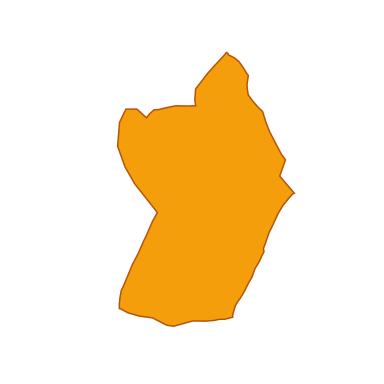 Qift, Qina, Egypt (Mercator projection), rotated 211°
{"feature_id": "37247803B3351007317987", "entity_name": "Qift", "entity_type": "district", "adm_level": 2, "iso_a3": "EGY", "parent_name": "Egypt", "parent_adm1": "Qina", "projection": "mercator", "projection_center": [32.817, 25.997], "detail": "fine", "context": "isolated", "style": "filled", "palette": "amber", "viewbox_px": 384, "rotation_deg": 211, "n_neighbors": 0, "source": "geoboundaries", "source_scale": "gbopen_adm2", "svg_char_len": 1343}
<svg xmlns="http://www.w3.org/2000/svg" viewBox="0 0 384 384"><g transform="rotate(211 192 192)"><path d="M234.3,329.3L235.2,323.9L237.9,311.2L239.7,301.9L242.0,282.2L236.9,272.2L233.3,267.8L240.3,263.3L250.4,257.5L258.6,249.9L263.0,245.5L266.8,243.0L268.6,237.3L269.3,232.2L281.9,234.7L291.3,229.0L290.0,214.4L279.3,192.9L262.3,179.0L245.3,169.5L211.2,156.6L210.6,145.2L208.6,130.4L208.4,126.9L206.4,111.0L205.8,99.5L203.9,86.9L202.1,74.5L201.9,71.1L200.6,67.7L199.3,64.3L196.7,58.7L194.1,54.6L193.5,55.0L184.4,55.5L173.2,58.5L161.0,63.8L157.6,64.0L150.8,64.4L145.2,64.8L138.7,67.4L124.9,81.9L113.7,88.4L106.9,93.3L106.4,93.8L102.7,97.2L98.3,99.8L97.2,101.0L96.1,102.1L92.8,105.6L92.7,105.6L93.7,107.4L94.6,110.4L95.4,113.5L96.3,117.0L96.3,122.3L95.9,126.2L95.9,133.6L96.7,143.9L96.7,149.6L98.5,158.5L98.5,167.3L99.3,173.5L99.5,177.9L101.6,180.2L102.8,186.5L103.2,188.3L105.0,196.6L105.4,201.9L105.8,206.0L107.1,218.1L107.1,226.7L107.1,227.5L105.8,236.4L104.8,241.8L103.7,243.7L103.8,243.7L125.0,250.8L128.4,267.7L134.9,270.4L135.7,270.9L156.3,283.5L160.5,286.7L164.6,289.9L168.2,293.1L173.0,297.4L177.6,298.3L186.8,301.2L193.8,304.2L197.5,308.6L199.9,311.9L203.8,320.9L206.2,321.9L212.0,324.9L219.0,328.0L224.7,328.8L229.2,328.5L230.9,328.4L231.5,328.4L232.7,329.4L234.3,329.3Z" fill="#f59e0b" stroke="#b45309" stroke-width="1.5"/></g></svg>